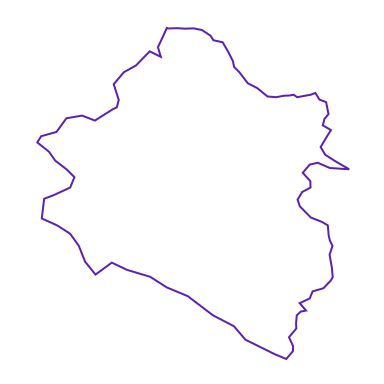 Nata, Paphos, Cyprus (Natural Earth projection), rotated 92°
{"feature_id": "46923920B19030754340251", "entity_name": "Nata", "entity_type": "district", "adm_level": 2, "iso_a3": "CYP", "parent_name": "Cyprus", "parent_adm1": "Paphos", "projection": "natural_earth1", "projection_center": [32.562, 34.775], "detail": "fine", "context": "isolated", "style": "outline", "palette": "violet", "viewbox_px": 384, "rotation_deg": 92, "n_neighbors": 0, "source": "geoboundaries", "source_scale": "gbopen_adm2", "svg_char_len": 1391}
<svg xmlns="http://www.w3.org/2000/svg" viewBox="0 0 384 384"><g transform="rotate(92 192 192)"><path d="M28.9,222.9L38.0,226.6L48.5,231.1L58.0,227.9L52.9,239.2L67.6,252.5L74.6,264.2L87.0,274.0L102.6,268.4L110.0,270.1L112.2,274.3L124.0,291.5L119.5,304.5L122.7,320.1L136.7,329.5L141.5,344.7L146.8,347.7L147.9,348.3L156.8,336.3L165.4,329.8L174.0,317.8L181.3,310.0L191.8,313.9L199.8,329.8L203.9,339.5L223.7,341.2L230.1,325.6L238.0,312.3L249.8,303.2L265.4,296.4L276.8,286.5L277.9,285.6L265.4,269.7L272.1,254.2L278.2,230.8L288.1,214.2L296.3,192.5L314.5,166.8L324.7,145.4L337.8,133.4L348.3,110.1L351.1,103.9L353.0,98.8L355.6,92.0L347.6,85.6L342.5,85.6L333.7,90.0L324.8,83.0L319.6,83.4L311.6,83.0L307.7,79.1L306.5,73.9L299.3,80.5L294.3,70.6L287.1,68.0L283.6,57.3L275.6,50.2L272.2,48.4L262.6,49.6L249.9,52.3L240.9,49.7L235.7,52.5L230.7,53.9L220.6,55.1L217.3,61.2L213.4,72.3L202.5,83.8L195.9,86.2L188.1,81.8L183.4,73.7L177.0,74.1L169.0,82.0L160.5,75.3L158.4,67.4L163.2,55.1L163.8,35.7L156.6,49.2L150.2,60.1L142.6,65.0L132.5,59.5L125.3,55.3L120.8,63.6L114.4,62.2L109.4,58.3L97.5,61.1L95.2,67.8L88.7,72.2L90.6,76.6L93.6,90.2L91.3,93.7L92.2,98.3L92.6,103.5L94.3,111.2L93.9,119.9L85.9,130.4L81.4,140.0L70.6,148.9L65.7,154.2L59.8,155.7L51.3,160.3L41.3,166.6L39.6,175.9L35.2,178.9L29.8,187.7L28.4,195.9L29.0,204.5L28.8,212.0L29.4,221.7L28.9,222.9Z" fill="none" stroke="#5b21b6" stroke-width="2"/></g></svg>